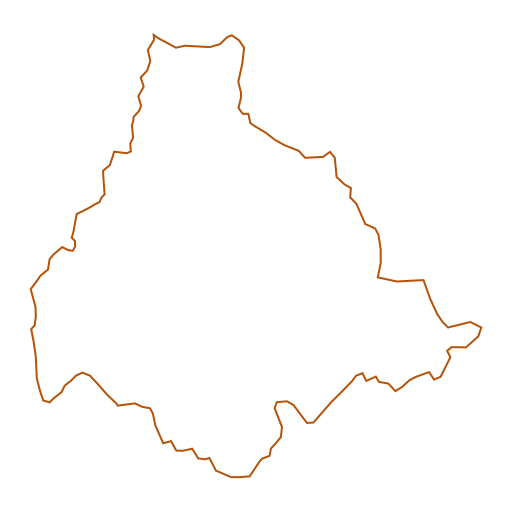 the district of Vina, Adamaoua, Cameroon
{"feature_id": "32672807B59264134581656", "entity_name": "Vina", "entity_type": "district", "adm_level": 2, "iso_a3": "CMR", "parent_name": "Cameroon", "parent_adm1": "Adamaoua", "projection": "equal_earth", "projection_center": [13.667, 7.236], "detail": "fine", "context": "isolated", "style": "outline", "palette": "amber", "viewbox_px": 512, "rotation_deg": 0, "n_neighbors": 0, "source": "geoboundaries", "source_scale": "gbopen_adm2", "svg_char_len": 2142}
<svg xmlns="http://www.w3.org/2000/svg" viewBox="0 0 512 512"><path d="M163.2,443.3L171.0,441.1L176.3,450.6L182.7,450.8L192.2,448.7L198.2,458.4L205.2,459.3L209.4,458.0L215.9,470.6L231.0,477.1L240.3,477.1L249.6,476.4L259.9,461.0L262.0,458.7L269.6,455.8L270.9,448.6L275.7,443.3L280.8,437.2L281.0,435.9L282.0,427.1L274.6,408.1L276.8,402.2L286.9,401.3L293.6,405.1L301.2,415.3L306.9,422.9L313.3,422.6L317.4,418.0L331.0,402.4L340.2,393.3L351.9,381.3L356.1,375.7L362.5,373.2L366.3,380.9L375.8,376.6L378.9,381.9L388.4,383.6L395.4,391.1L402.0,387.0L409.5,380.2L416.0,376.8L427.1,372.8L429.2,372.2L434.1,379.6L440.6,376.8L450.4,357.2L447.1,350.8L451.7,347.1L466.0,347.4L478.3,336.3L481.3,327.5L470.2,322.0L448.1,327.5L442.6,322.0L440.4,318.8L437.1,313.9L433.4,305.8L430.0,298.4L423.5,280.1L409.7,280.8L396.9,281.5L377.8,277.4L380.0,266.5L380.7,263.1L380.7,249.3L378.5,234.9L375.2,228.5L365.3,224.1L356.4,203.8L355.5,202.8L350.2,197.4L350.9,188.0L344.7,184.5L336.6,177.1L334.8,157.8L330.0,151.9L323.0,156.9L305.1,157.8L298.8,150.9L284.1,145.0L275.3,140.1L265.6,132.6L254.8,126.2L250.4,123.1L248.3,113.8L243.1,113.9L241.7,112.5L238.5,107.9L241.0,97.6L241.0,92.7L238.3,81.8L242.3,63.5L244.1,47.7L239.0,40.3L231.7,35.3L227.2,37.1L219.9,44.2L209.7,47.1L188.4,45.9L185.1,45.7L175.9,47.7L157.9,38.0L153.7,34.9L154.2,39.5L147.9,50.0L150.3,61.2L147.2,70.5L140.7,77.5L143.7,86.6L138.3,96.2L141.1,106.0L138.9,111.2L133.6,116.9L133.2,121.4L131.9,125.0L133.1,137.6L130.3,143.6L130.8,151.5L126.6,153.2L114.2,151.7L109.9,165.1L103.1,170.7L103.3,176.5L104.6,194.3L101.5,197.6L99.5,202.1L95.2,204.2L89.9,207.4L82.3,211.3L76.7,214.0L75.0,223.1L73.6,231.1L71.7,237.8L74.9,240.9L75.2,246.5L72.8,250.8L68.3,250.1L62.2,247.1L53.5,254.5L49.6,259.2L48.0,269.6L40.6,275.5L35.9,282.3L30.7,289.1L35.5,306.9L35.8,316.8L34.6,325.5L32.4,327.8L31.2,329.2L33.6,341.5L35.8,356.7L36.8,378.3L40.0,390.9L43.2,400.4L49.6,402.4L53.8,398.2L56.5,396.1L61.5,392.2L64.7,385.7L71.2,380.5L76.0,375.6L82.5,372.6L90.1,375.7L98.8,385.2L107.2,394.8L115.9,403.0L117.8,405.6L134.8,403.4L142.5,406.9L149.9,408.2L152.8,413.4L155.4,425.5L163.2,443.3Z" fill="none" stroke="#b45309" stroke-width="2"/></svg>